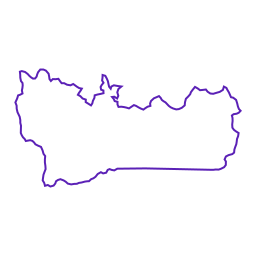 São Cristóvão do Sul, Santa Catarina, Brazil (orthographic projection)
{"feature_id": "56859067B10405693050074", "entity_name": "São Cristóvão do Sul", "entity_type": "district", "adm_level": 2, "iso_a3": "BRA", "parent_name": "Brazil", "parent_adm1": "Santa Catarina", "projection": "orthographic", "projection_center": [-50.36, -27.292], "detail": "fine", "context": "isolated", "style": "outline", "palette": "violet", "viewbox_px": 256, "rotation_deg": 0, "n_neighbors": 0, "source": "geoboundaries", "source_scale": "gbopen_adm2", "svg_char_len": 2812}
<svg xmlns="http://www.w3.org/2000/svg" viewBox="0 0 256 256"><path d="M45.0,185.8L47.8,185.0L50.4,186.5L53.6,185.6L55.3,183.5L56.0,181.3L57.9,180.0L60.4,179.2L63.6,180.4L65.7,181.7L67.8,183.6L71.2,184.4L74.2,183.9L76.9,183.8L78.9,182.9L81.6,182.5L84.9,181.6L87.0,181.3L89.0,181.2L91.1,179.2L93.4,178.3L95.5,176.8L97.7,174.0L100.9,172.2L103.1,173.4L106.2,172.7L107.7,169.9L109.6,169.1L111.6,169.9L114.3,170.4L117.3,168.7L145.3,168.4L174.0,169.0L211.2,169.8L213.4,169.8L215.6,169.5L218.6,169.6L220.9,168.8L224.1,167.2L225.8,165.0L225.9,161.5L224.6,159.4L225.9,156.5L228.6,155.1L232.3,154.1L234.1,152.6L234.4,149.5L235.2,147.1L236.3,144.2L236.7,141.7L237.0,139.0L238.1,136.2L238.6,133.0L236.0,131.4L233.9,129.8L232.4,127.7L232.2,124.5L232.6,121.0L232.5,117.9L231.9,115.5L233.6,114.2L236.7,113.7L238.8,112.7L240.6,110.8L238.9,109.0L237.9,106.4L237.2,103.4L236.1,99.9L233.2,97.7L231.0,97.2L229.9,94.7L228.9,92.4L227.4,89.9L226.4,87.9L223.9,86.6L222.9,89.9L219.7,91.9L216.5,92.8L213.2,93.8L210.3,93.5L207.6,91.7L205.9,89.5L202.9,89.9L200.0,90.2L197.8,88.5L195.0,86.9L192.6,89.9L190.9,92.2L190.2,94.2L188.3,96.4L185.9,98.8L185.0,102.2L184.7,105.4L181.8,107.8L178.8,109.1L176.2,109.4L173.2,108.5L170.7,107.3L168.8,105.9L167.3,104.3L165.5,102.4L163.5,101.2L161.8,99.9L160.7,97.9L159.0,96.1L156.5,97.2L153.9,98.3L151.0,101.0L150.1,103.5L150.4,105.9L147.6,106.7L145.3,108.2L143.4,109.6L140.9,108.6L138.4,107.3L136.1,105.9L133.9,105.1L131.5,106.7L129.0,108.4L126.4,107.6L124.1,107.1L121.4,106.7L118.5,106.9L117.5,104.5L117.5,101.8L114.7,101.1L113.8,99.1L112.1,97.0L114.3,96.7L117.1,98.5L118.3,95.8L117.3,92.3L118.4,89.0L121.4,86.5L117.7,86.0L113.9,85.3L111.4,86.5L110.7,88.7L109.1,86.7L108.5,84.1L107.9,81.2L106.8,78.6L105.3,75.8L102.6,75.0L102.5,77.8L102.1,80.5L103.5,82.8L101.7,85.0L100.6,87.0L101.1,89.7L103.4,90.5L103.5,93.2L100.6,93.9L97.6,94.5L94.7,95.3L94.4,97.9L92.9,100.9L92.3,103.4L91.0,105.4L88.0,103.5L85.7,102.1L85.8,99.6L82.6,98.5L80.4,96.2L77.9,94.8L78.9,93.0L80.7,90.5L81.8,88.6L79.2,88.1L76.9,86.7L75.0,85.3L73.2,84.0L70.5,85.3L67.0,84.7L64.2,83.2L61.6,83.2L60.0,81.1L58.4,78.8L55.7,79.2L52.8,79.1L50.9,81.0L49.5,79.1L49.2,76.8L48.6,73.7L45.9,70.6L43.3,69.5L40.3,69.5L38.1,72.2L37.2,74.4L36.6,76.6L35.1,78.5L33.0,78.6L31.1,77.4L29.3,75.8L27.7,74.0L25.1,72.0L21.8,71.1L19.9,71.7L20.2,74.6L20.3,77.8L21.0,81.1L22.5,83.0L22.7,85.3L22.4,88.0L21.9,90.4L22.5,93.5L20.2,94.7L18.1,95.4L17.2,98.4L15.4,102.4L16.6,105.6L16.7,108.7L17.5,112.2L19.7,116.8L20.3,120.1L20.3,122.9L21.0,125.7L20.9,129.0L20.8,133.0L21.8,135.3L23.0,137.3L24.7,139.0L25.8,141.0L30.2,140.2L32.4,140.9L34.1,142.5L35.4,144.3L37.9,145.6L41.0,146.9L42.6,150.5L43.5,153.8L45.2,156.1L44.9,159.3L44.9,162.4L45.4,165.9L45.6,169.1L44.6,171.7L43.5,174.7L43.0,178.1L42.7,180.4L44.2,182.9L45.0,185.8Z" fill="none" stroke="#5b21b6" stroke-width="2"/></svg>